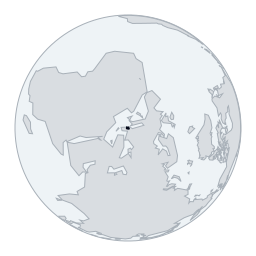 the Earth from above Ipeiros, rotated 120°
{"feature_id": "GRC-2949", "entity_name": "Ipeiros", "entity_type": "Region", "adm_level": 1, "iso_a3": "GRC", "parent_name": "Greece", "parent_adm1": "", "projection": "orthographic", "projection_center": [20.643, 39.638], "detail": "coarse", "context": "on_globe", "style": "filled", "palette": "ink", "viewbox_px": 256, "rotation_deg": 120, "n_neighbors": 0, "source": "natural_earth", "source_scale": "10m", "svg_char_len": 10353}
<svg xmlns="http://www.w3.org/2000/svg" viewBox="0 0 256 256"><g transform="rotate(120 128 128)"><circle cx="128" cy="128" r="113" fill="#eef3f6" stroke="#a8b0b8"/><path d="M82.3,25.0L85.3,23.9L82.1,25.3L84.0,24.6L88.1,23.1L90.4,22.2L102.6,20.0L116.4,18.0L120.3,17.0L119.8,17.8L127.0,15.9L134.2,15.8L126.3,16.3L125.7,16.6L130.7,16.6L131.1,17.0L133.8,17.3L133.9,17.9L129.2,18.4L129.2,18.9L132.7,18.9L135.1,19.7L129.8,19.6L133.4,21.1L126.3,22.9L112.2,23.2L108.5,25.7L94.6,30.3L96.1,30.8L91.7,33.3L91.8,34.8L89.2,35.5L91.5,36.2L93.9,35.3L95.7,35.4L95.9,36.3L92.6,37.2L92.0,36.9L91.2,37.7L89.5,37.8L90.5,38.2L86.5,39.4L90.8,39.7L87.9,41.8L85.2,42.3L85.0,40.3L78.3,37.5L75.5,37.8L71.6,40.0L65.3,47.6L62.3,49.0L58.6,52.1L60.4,52.1L63.9,49.7L66.4,50.7L70.4,47.9L72.0,48.0L76.3,46.1L76.1,48.5L73.5,51.9L69.9,53.7L68.7,55.4L72.4,55.6L66.1,61.0L62.5,68.6L60.8,69.9L56.9,68.8L56.0,63.7L51.0,63.2L54.7,65.8L50.4,69.6L49.8,71.3L50.3,72.5L52.1,72.1L50.7,74.0L46.6,71.9L47.7,70.1L49.1,70.7L48.6,68.5L45.8,67.6L43.8,69.8L41.6,66.9L40.2,68.5L38.9,69.0L41.3,66.5L36.9,71.1L34.0,70.0L28.0,78.6L33.4,69.3L35.1,65.9L36.6,62.9L35.6,64.2L39.0,59.1L39.3,58.5L45.3,51.5L51.8,45.1L58.8,39.1L66.2,33.8L74.1,29.1L82.3,25.0ZM28.7,74.8L28.2,75.8L27.7,76.8L28.7,74.8ZM17.6,105.6L18.0,104.5L18.1,106.4L16.9,111.4L17.9,109.0L17.3,113.5L18.3,121.1L17.9,121.6L18.5,134.1L21.2,143.8L21.8,149.2L21.3,150.7L22.7,153.8L22.7,155.4L30.0,167.6L35.2,176.4L36.0,181.5L33.6,183.3L36.1,192.1L33.3,189.0L29.2,182.2L25.7,175.1L22.6,167.8L20.1,160.3L18.1,152.7L16.6,144.9L15.7,137.1L15.4,129.2L15.6,121.3L16.3,113.4L17.6,105.6ZM26.4,81.1L22.7,92.3L23.2,88.7L23.4,88.7L24.7,85.2L26.5,80.3L27.3,77.7L26.4,81.1ZM28.4,79.7L28.9,78.2L28.6,79.4L28.4,79.7ZM91.3,21.9L88.2,23.0L84.3,24.4L86.9,23.4L91.3,21.9ZM98.7,19.9L97.4,20.4L95.4,20.6L96.8,20.3L98.7,19.9ZM123.1,16.4L120.4,16.6L122.8,16.3L123.1,16.4ZM134.1,17.3L134.8,17.1L135.9,17.4L134.1,17.3ZM76.1,45.0L76.2,45.5L75.3,45.6L76.1,45.0ZM77.9,43.7L76.9,43.3L77.6,42.7L78.2,42.9L77.9,43.7ZM137.0,18.6L138.7,19.2L136.2,18.6L137.0,18.6ZM79.0,44.3L79.0,41.6L80.2,40.5L83.6,40.5L79.0,44.3ZM139.1,19.6L143.1,21.2L144.8,21.0L142.3,22.9L139.7,20.7L136.4,20.0L138.7,20.0L139.1,19.6ZM94.5,34.6L92.0,35.6L93.8,34.0L94.5,34.6ZM95.2,33.6L98.3,29.0L102.2,28.2L100.3,29.8L105.1,28.3L105.5,30.1L102.9,31.4L100.4,31.5L102.5,32.1L95.2,33.6ZM140.2,23.8L140.5,24.4L139.3,23.9L140.2,23.8ZM96.5,35.3L96.8,34.3L100.2,33.5L100.2,35.3L99.1,35.0L96.5,35.3ZM106.2,27.1L108.7,26.9L109.7,28.3L110.8,28.5L105.8,30.1L106.2,27.1ZM98.5,35.6L100.1,36.2L98.8,37.5L96.5,36.2L98.5,35.6ZM101.0,32.6L102.6,32.4L101.7,33.1L101.0,32.6ZM95.0,42.6L95.2,41.3L97.0,40.7L95.0,42.6ZM100.8,36.4L101.3,35.9L102.0,35.6L102.8,36.3L100.8,36.4ZM106.8,31.0L106.7,31.7L108.9,30.4L109.7,31.6L106.3,32.5L108.1,32.6L108.4,33.0L105.3,33.4L106.8,31.0ZM105.8,36.1L101.7,37.9L100.8,40.3L99.2,40.8L100.9,36.9L105.8,36.1ZM105.7,34.4L105.4,35.5L103.6,35.5L102.7,34.8L105.7,34.4ZM111.5,32.1L111.2,30.0L111.9,29.9L111.5,32.1ZM105.9,36.8L106.9,36.3L106.0,36.9L105.9,36.8ZM110.2,33.4L110.0,32.7L110.8,32.6L110.2,33.4ZM109.0,36.1L107.7,36.7L107.1,36.1L109.0,36.1ZM109.9,34.9L111.1,34.9L107.6,35.6L109.6,34.6L109.9,34.9ZM111.1,33.5L111.5,33.1L111.0,33.8L111.1,33.5ZM112.2,38.0L108.0,39.0L106.6,37.7L110.9,36.9L112.2,38.0ZM68.2,177.9L60.5,160.5L63.9,155.7L64.2,148.5L87.1,129.5L92.3,132.2L110.7,131.4L113.1,132.6L111.3,138.5L125.4,146.3L129.5,141.3L141.9,144.5L149.9,143.4L152.2,131.8L139.0,133.4L136.4,128.1L146.6,122.0L158.1,120.7L157.4,118.6L149.9,115.0L152.2,110.5L147.3,113.4L149.5,115.4L146.4,117.4L144.2,115.8L145.1,114.2L141.6,113.6L138.2,121.8L140.1,124.7L131.0,126.8L133.3,131.8L130.9,134.3L126.1,126.8L126.4,123.9L117.7,115.6L116.7,118.7L124.8,126.9L122.4,126.3L121.0,131.1L120.1,127.0L111.6,117.6L103.2,118.8L93.0,129.3L88.0,129.4L83.6,126.0L86.8,114.3L97.6,115.6L98.9,111.9L96.3,105.8L99.8,106.8L100.1,104.6L104.1,104.9L109.4,100.1L113.5,99.9L115.2,93.3L117.5,92.4L115.8,96.5L116.8,99.4L126.9,99.2L128.7,97.8L129.0,93.6L131.7,94.3L130.7,90.3L136.3,88.4L128.7,87.5L128.8,83.0L131.9,79.5L130.6,77.9L125.5,83.7L124.7,86.3L126.2,88.6L122.8,95.9L119.4,97.1L117.8,89.2L112.8,90.1L113.7,83.9L127.0,71.4L132.8,68.9L143.1,73.7L142.0,76.6L137.7,76.2L142.0,80.5L141.5,78.2L143.7,78.9L144.4,75.2L146.1,75.5L144.0,71.5L146.0,71.4L147.4,74.0L150.2,68.8L154.4,68.0L154.3,66.7L152.9,65.6L159.2,65.5L158.8,64.6L156.6,64.2L154.4,62.2L152.9,58.7L155.2,58.9L156.0,60.1L161.1,63.2L163.0,66.9L163.8,66.6L162.7,63.5L156.4,59.7L154.9,57.6L158.1,59.0L156.8,58.3L156.8,57.3L158.8,56.6L155.4,54.9L151.9,44.9L155.5,42.8L158.7,45.0L158.6,39.1L162.7,37.8L160.6,37.3L159.2,34.6L157.9,35.0L156.8,34.6L152.5,28.4L153.3,27.4L149.1,24.8L148.1,24.7L147.3,25.3L142.3,22.9L144.8,21.0L147.1,21.3L147.1,20.1L152.2,21.2L156.5,21.8L162.1,24.2L165.0,24.7L164.7,24.2L168.4,24.7L177.1,28.0L171.4,27.5L158.6,24.3L164.0,25.6L163.2,26.1L165.4,27.1L169.1,28.1L169.3,27.7L177.4,34.3L187.2,40.0L185.5,37.1L187.3,36.9L197.0,42.3L210.9,56.5L213.4,57.5L215.4,59.5L217.4,62.8L214.5,59.9L214.0,60.7L212.0,58.7L214.2,63.4L211.5,60.8L214.6,66.0L216.5,67.1L215.6,63.7L219.4,69.6L222.0,70.5L225.4,74.8L231.4,88.3L232.9,96.2L233.6,98.1L232.6,98.4L233.6,104.3L237.5,109.5L238.3,112.2L238.9,121.8L238.4,119.9L235.7,120.7L237.0,128.1L239.1,129.2L239.9,134.1L239.0,135.4L238.0,131.3L237.0,131.4L236.0,125.3L232.8,118.8L231.8,123.6L230.7,120.1L226.1,116.3L224.0,123.1L221.5,139.1L223.2,148.6L221.4,154.8L214.4,145.8L210.7,137.6L208.4,140.4L200.8,136.1L188.7,142.2L186.7,140.3L184.5,142.6L179.1,142.0L175.9,138.5L172.8,140.0L181.2,148.9L184.5,147.3L186.9,141.7L188.7,145.3L193.8,146.6L189.1,158.8L170.7,173.6L168.4,166.8L152.0,148.7L152.3,146.2L152.2,145.9L152.0,145.4L150.9,149.7L147.9,145.8L157.2,159.5L158.9,165.5L170.4,174.1L169.4,175.6L173.0,176.9L183.9,170.5L184.0,172.9L179.2,185.4L163.7,203.0L165.5,210.6L164.0,217.2L153.9,222.9L154.3,226.9L149.0,229.0L148.3,231.1L143.8,233.5L136.4,235.8L124.3,236.1L124.0,234.6L118.5,231.2L111.1,220.9L114.6,215.8L113.6,211.4L104.9,200.0L106.8,193.8L104.4,190.8L99.4,190.9L96.5,187.1L93.5,186.5L74.2,184.3L68.2,177.9ZM79.7,141.0L79.2,143.2L79.7,141.0ZM170.7,125.1L177.2,123.4L173.5,117.2L175.7,116.1L173.6,114.5L173.2,116.7L167.9,112.1L170.5,109.1L169.3,106.2L167.0,106.7L163.2,113.0L170.7,119.6L169.5,123.0L170.7,125.1ZM18.3,121.2L18.3,123.1L18.0,121.9L18.3,121.2ZM22.4,90.0L22.0,91.7L21.6,93.2L21.7,92.3L22.4,90.0ZM21.3,103.1L21.2,105.4L20.9,103.9L21.3,103.1ZM22.3,93.9L21.3,101.6L20.7,99.3L21.5,94.6L21.4,96.7L22.3,93.9ZM26.8,81.6L26.4,82.9L26.0,83.5L26.8,81.6ZM28.2,80.6L28.2,80.3L28.8,79.2L28.2,80.6ZM50.6,69.7L50.9,69.9L51.0,71.5L50.2,71.3L50.6,69.7ZM56.1,75.8L53.8,78.8L54.9,76.4L53.3,76.5L53.6,72.0L60.0,70.4L57.1,71.8L56.1,75.8ZM55.8,65.8L54.9,68.6L55.7,65.6L55.8,65.8ZM97.6,93.0L99.1,94.7L97.7,97.1L92.5,98.0L94.5,94.5L97.6,93.0ZM101.5,96.6L101.3,88.9L104.5,88.2L102.7,89.8L104.9,90.2L102.6,92.9L105.8,100.1L104.8,102.8L95.9,102.6L99.4,101.1L97.7,99.5L101.5,96.6ZM95.2,72.7L95.1,70.0L102.1,71.9L101.3,74.3L96.2,75.2L94.0,73.0L95.2,72.7ZM85.0,45.1L84.6,44.4L85.5,44.1L86.6,44.4L85.0,45.1ZM95.0,42.0L88.0,48.0L87.1,47.4L84.1,51.9L80.6,52.3L82.7,49.3L77.7,53.1L78.2,50.5L75.1,53.3L80.0,46.7L80.3,44.7L81.4,46.7L84.6,46.4L86.0,45.7L90.3,42.3L92.4,38.3L95.9,37.6L97.8,38.2L97.9,39.0L95.6,39.2L97.3,40.2L94.0,41.1L95.0,42.0ZM118.6,48.8L115.9,48.0L118.7,51.4L115.5,51.8L116.0,52.2L113.8,53.6L112.0,56.0L110.5,55.9L110.4,56.9L109.0,58.0L108.4,59.4L105.4,59.7L104.5,61.5L103.6,60.7L102.9,63.7L102.1,61.6L100.1,62.9L101.9,64.3L87.3,63.8L81.8,65.7L77.5,68.5L76.8,64.8L80.3,60.0L85.9,55.4L91.3,54.3L90.0,53.0L92.3,52.2L92.4,53.6L93.5,51.0L95.4,50.7L100.3,47.4L100.9,44.1L102.7,42.9L103.4,44.1L104.7,42.1L107.3,43.6L108.7,42.8L112.6,43.7L113.2,46.6L114.7,45.5L117.7,46.3L118.6,48.8ZM113.3,38.3L114.8,41.3L113.7,43.2L107.3,41.0L105.7,41.5L101.6,40.4L103.3,37.9L104.3,38.4L105.7,38.3L104.6,39.1L106.5,38.4L108.0,39.1L109.8,38.8L109.8,39.9L113.3,38.3ZM115.6,130.4L117.3,130.7L120.1,130.5L119.3,133.7L115.6,130.4ZM109.6,124.1L111.2,123.8L111.4,127.9L109.5,127.7L109.6,124.1ZM111.9,120.4L111.3,123.5L110.5,121.7L111.9,120.4ZM117.3,96.1L119.0,95.6L119.2,96.6L118.3,98.1L117.3,96.1ZM126.4,59.9L125.1,58.9L125.5,58.4L124.4,55.4L126.8,55.0L128.3,56.6L126.4,59.9ZM150.0,134.1L147.8,136.6L146.6,135.7L147.6,135.0L150.0,134.1ZM132.9,135.6L136.9,136.8L132.6,136.5L132.9,135.6ZM128.8,58.9L128.1,57.7L129.7,58.3L128.8,58.9ZM128.4,54.5L130.3,54.9L126.9,54.6L128.4,54.5ZM182.1,210.9L173.5,222.9L168.5,224.4L168.1,222.1L171.7,215.4L177.6,211.8L180.7,207.8L182.1,210.9ZM239.7,142.9L239.0,143.8L236.1,138.7L237.2,136.4L239.8,136.4L239.7,138.1L240.1,138.3L239.7,142.8L239.7,142.9ZM240.6,131.2L240.6,129.5L240.6,126.2L240.6,124.5L240.0,115.6L240.6,131.2ZM223.6,149.1L225.9,152.8L224.7,155.0L223.6,149.1ZM237.7,102.6L238.7,107.3L237.1,100.0L237.3,100.8L237.7,102.6ZM236.2,96.6L236.0,96.0L235.7,95.1L236.1,96.3L236.2,96.6ZM234.7,100.6L234.8,102.8L234.2,101.6L233.8,98.1L234.7,100.6ZM228.0,78.7L230.1,82.3L230.8,83.9L229.8,82.5L228.0,78.7ZM147.8,55.3L146.7,59.8L147.5,63.2L150.3,65.1L145.8,64.6L144.6,59.3L147.8,55.3ZM151.1,46.1L148.6,44.7L150.0,44.2L150.7,44.5L151.1,46.1ZM149.4,46.0L145.8,46.5L144.6,45.0L147.7,44.9L149.4,46.0ZM137.3,52.4L136.9,53.7L135.6,53.1L137.3,52.4ZM235.5,94.2L235.7,95.1L233.2,88.6L232.6,86.8L234.8,92.3L234.9,92.5L235.5,94.2ZM215.6,58.1L214.3,56.8L213.2,55.1L214.4,56.5L215.6,58.1ZM208.1,49.0L212.4,54.3L215.7,58.9L215.8,58.7L218.7,62.2L217.1,61.1L213.1,55.8L211.1,52.8L208.5,50.3L205.6,47.2L202.7,44.9L200.7,43.1L202.7,44.3L208.1,49.0ZM201.5,44.1L195.4,39.9L194.2,38.1L195.3,38.6L198.6,41.2L199.0,42.0L201.5,44.1ZM193.6,38.4L193.9,39.2L185.7,36.3L183.6,35.3L189.3,36.2L189.9,37.0L192.1,38.2L193.6,38.4ZM141.6,24.3L140.6,24.4L141.0,24.0L141.6,24.3ZM156.1,34.8L154.7,34.3L155.3,33.7L156.1,34.8ZM151.1,32.4L151.5,33.5L150.2,32.3L151.1,32.4ZM152.4,36.0L151.2,33.9L153.7,36.0L152.4,36.0Z" fill="#d9dde1" stroke="#a8b0b8" stroke-width="1"/><path d="M127.7,127.2L128.0,127.1L128.1,126.7L128.3,126.7L128.5,126.9L128.5,127.2L128.6,127.3L128.7,127.6L128.9,127.6L129.0,127.6L128.8,127.7L128.9,127.9L128.7,128.0L128.8,128.1L128.8,128.4L129.1,128.7L129.1,128.9L128.9,129.1L128.7,129.1L128.4,129.1L128.2,129.0L128.3,129.3L128.1,129.4L128.1,129.1L127.8,128.8L127.8,128.7L127.6,128.7L127.4,128.4L127.2,128.2L127.3,128.0L127.0,127.9L127.3,128.0L127.5,127.8L127.5,127.7L127.5,127.3L127.7,127.2Z" fill="#0f172a" stroke="#020617" stroke-width="1.5"/></g></svg>